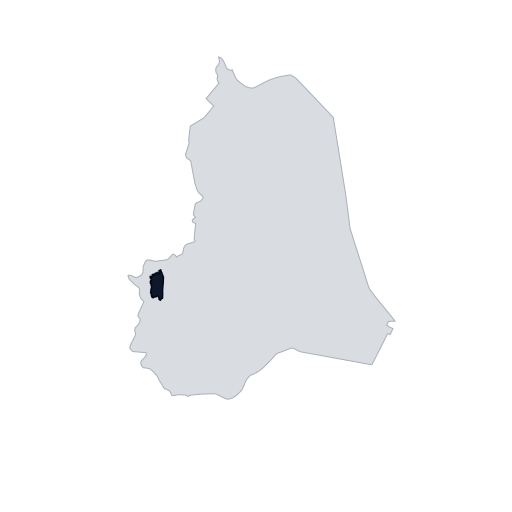 location of Al-Sulaymaniyah, As-Sulaymaniyah, Iraq, rotated 221°
{"feature_id": "34846034B55719256527363", "entity_name": "Al-Sulaymaniyah", "entity_type": "district", "adm_level": 2, "iso_a3": "IRQ", "parent_name": "Iraq", "parent_adm1": "As-Sulaymaniyah", "projection": "robinson", "projection_center": [45.485, 35.442], "detail": "fine", "context": "in_parent", "style": "filled", "palette": "ink", "viewbox_px": 512, "rotation_deg": 221, "n_neighbors": 0, "source": "geoboundaries", "source_scale": "gbopen_adm2", "svg_char_len": 5630}
<svg xmlns="http://www.w3.org/2000/svg" viewBox="0 0 512 512"><g transform="rotate(221 256 256)"><path d="M214.8,105.7L217.9,104.9L223.7,100.3L227.1,96.0L228.2,95.6L231.2,97.0L233.3,97.4L238.3,95.8L241.2,96.6L243.7,97.7L245.1,97.8L251.7,100.5L253.4,100.8L256.8,101.2L261.9,101.3L265.3,99.5L267.6,97.8L269.2,97.9L270.8,98.3L272.1,99.0L273.3,100.3L273.8,102.1L273.5,107.9L274.0,109.4L274.9,110.6L276.1,110.8L277.5,109.5L279.9,107.7L282.9,105.6L285.2,103.8L286.5,103.1L288.5,103.2L290.4,103.5L291.5,104.4L291.5,104.7L292.6,107.4L295.2,117.6L296.7,118.9L298.4,120.0L299.6,121.5L300.1,123.0L299.9,125.4L300.0,128.2L300.7,130.3L301.6,131.9L302.6,132.7L303.9,132.7L305.6,133.1L306.7,134.7L310.2,146.3L310.5,147.8L312.0,148.3L314.4,148.1L316.9,149.3L319.6,151.2L322.1,154.7L323.8,155.3L329.1,154.8L336.4,155.3L339.8,157.2L339.4,158.3L336.8,159.6L332.2,161.0L330.9,163.5L330.1,166.8L330.2,168.6L331.4,170.6L334.6,174.6L334.8,176.0L335.4,178.0L336.0,179.4L335.4,182.0L332.4,183.9L328.5,185.9L320.7,194.8L320.1,196.7L320.2,201.9L319.4,203.4L316.9,203.4L315.0,203.1L314.9,205.0L313.7,207.4L312.9,209.6L315.8,214.6L316.3,217.3L315.9,219.7L313.2,223.9L311.6,226.7L312.0,227.4L314.1,228.5L320.6,237.7L322.7,241.0L325.4,240.1L326.4,240.2L327.2,240.7L327.7,241.8L327.7,243.2L327.0,245.3L330.5,246.1L331.8,248.2L335.9,255.4L335.7,257.5L333.8,260.9L333.8,263.2L334.2,265.2L334.8,265.9L340.9,266.2L343.4,267.0L349.7,270.7L356.8,276.3L362.7,281.0L367.6,284.9L373.0,284.6L374.4,285.3L375.8,286.5L377.3,289.8L380.4,297.1L383.0,299.5L387.1,305.4L390.8,310.9L388.4,318.3L386.0,326.1L386.1,336.1L386.2,341.5L391.3,341.7L397.0,342.0L397.1,348.4L397.2,354.9L397.3,362.2L398.9,362.5L401.6,364.1L402.8,366.5L404.2,367.8L406.0,368.0L407.7,369.2L409.4,371.3L410.0,372.9L409.6,374.0L409.9,376.0L411.1,378.8L412.6,380.1L414.8,381.7L411.8,382.6L408.6,381.9L401.5,378.6L399.3,378.6L396.3,379.8L396.2,380.9L388.8,377.3L386.2,376.5L385.2,376.5L381.0,376.5L375.0,377.1L371.4,378.6L369.0,380.2L367.9,381.7L367.5,382.5L365.6,387.1L363.4,392.9L361.1,398.1L356.7,405.5L354.2,408.8L348.9,415.2L343.1,416.4L329.7,415.2L314.9,413.8L300.2,412.4L289.2,411.4L288.4,411.1L277.6,402.1L269.0,394.9L258.4,386.1L247.5,377.0L236.5,367.8L228.5,361.1L218.8,352.5L210.1,344.7L203.1,338.5L194.2,333.1L187.3,328.8L177.1,322.7L169.1,317.8L162.1,313.5L151.5,307.0L148.0,305.3L136.9,303.1L126.4,301.3L115.5,299.4L108.3,298.1L113.1,293.5L111.8,289.4L108.2,290.1L105.0,291.1L103.2,284.7L105.7,283.9L103.6,275.5L101.4,266.8L99.3,258.4L97.2,249.9L106.4,244.4L113.4,240.3L123.0,234.6L132.4,229.0L141.3,223.8L151.0,218.0L159.7,212.8L167.7,210.7L169.4,209.0L173.1,201.9L176.3,195.9L176.4,194.5L176.6,185.9L177.3,175.9L178.4,170.5L180.2,165.7L181.9,162.3L182.1,159.0L181.9,155.8L180.3,150.8L178.7,145.6L179.0,140.6L179.3,137.9L180.5,133.7L182.4,130.5L184.4,128.6L191.9,126.6L196.3,125.4L202.3,119.9L205.9,116.6L210.9,111.4L214.5,107.6L214.8,106.2L214.8,105.7Z" fill="#d9dde1" stroke="#a8b0b8" stroke-width="1"/><path d="M322.3,171.2L322.2,171.0L321.9,170.6L321.3,170.0L321.1,170.0L321.2,170.3L321.3,170.6L321.3,170.8L321.2,170.8L321.0,170.7L320.6,170.7L320.4,170.5L320.1,170.1L319.9,169.9L319.6,169.9L319.5,169.6L319.3,169.5L318.9,169.1L318.8,168.9L318.8,168.6L319.0,168.6L319.3,168.6L319.2,168.0L319.1,167.7L318.9,167.4L318.5,166.9L318.1,166.5L318.0,166.3L317.7,166.2L317.4,166.1L317.2,166.0L317.0,165.9L316.8,165.9L316.6,165.9L316.2,165.7L315.8,165.5L315.8,165.3L315.8,165.0L315.5,165.0L315.1,165.0L314.9,164.6L314.6,164.2L314.3,163.8L313.9,162.9L313.5,162.4L313.2,161.7L312.7,161.1L312.6,160.9L312.1,160.2L311.5,159.3L311.4,159.4L311.0,159.5L310.9,159.3L310.5,159.0L310.1,158.5L309.6,158.1L309.2,157.8L308.2,157.1L307.8,156.8L307.7,156.8L307.8,157.1L307.8,157.4L307.6,157.5L307.3,157.3L307.0,157.1L306.6,156.9L306.2,157.0L306.1,157.4L306.0,157.7L305.9,158.2L305.7,158.5L305.4,158.9L305.2,159.1L304.9,159.4L304.8,159.5L304.7,159.6L304.5,160.0L304.4,160.5L304.4,160.8L304.3,161.1L304.2,161.3L304.1,161.5L303.9,161.5L303.5,161.5L303.2,161.5L303.0,161.4L302.9,161.3L302.5,161.2L302.1,161.0L301.8,160.7L301.6,160.5L301.3,160.4L301.2,160.2L300.9,159.8L300.3,159.8L299.9,159.8L299.3,159.8L299.3,160.1L299.2,160.2L299.2,160.5L299.3,160.8L299.3,161.2L299.4,161.4L299.4,161.7L299.4,161.9L299.3,162.1L299.1,162.4L299.0,162.5L298.9,162.8L299.1,163.2L299.7,163.8L300.0,164.2L300.6,164.9L301.3,165.8L301.7,166.3L302.3,166.9L303.0,167.7L303.8,168.6L304.3,169.2L304.5,169.4L304.7,169.8L304.9,170.0L305.3,170.6L305.9,171.3L306.3,171.9L306.6,172.4L307.4,173.4L307.7,173.8L308.4,174.8L309.4,176.1L310.3,177.2L310.8,177.9L311.4,178.5L311.8,179.1L312.2,179.5L312.7,179.7L314.2,180.5L314.8,180.7L315.4,181.1L316.1,181.4L316.1,181.5L316.3,181.5L316.6,181.7L316.8,181.8L317.0,181.9L317.6,182.2L317.8,182.3L318.2,182.6L318.8,183.0L319.0,182.8L319.0,182.7L318.9,182.4L318.6,181.9L318.6,181.7L319.2,181.6L319.3,181.6L319.6,181.5L319.6,181.4L319.2,181.1L318.8,180.8L318.6,180.7L318.2,180.6L318.0,180.4L317.9,180.2L317.7,179.9L317.5,179.7L317.4,179.6L317.3,179.3L317.2,178.9L317.5,178.7L317.8,178.6L318.3,178.8L318.6,178.9L319.1,179.0L319.5,179.1L319.6,178.8L319.7,178.5L319.8,178.2L319.9,177.9L320.0,177.8L320.0,177.7L320.0,177.4L320.2,177.2L320.4,177.1L320.6,177.0L320.6,176.9L320.6,176.1L320.4,176.0L320.0,175.8L320.0,175.7L320.4,175.2L320.5,174.9L320.5,174.7L320.4,174.4L320.4,174.1L320.5,174.0L321.0,174.1L321.6,174.4L321.7,174.5L321.8,174.1L321.9,173.9L321.9,173.7L321.7,173.7L321.3,173.5L321.3,173.3L321.2,172.8L321.2,172.7L321.3,172.4L321.3,172.2L321.4,171.8L321.4,171.7L321.4,171.4L321.5,171.3L321.6,171.2L321.9,171.2L322.1,171.2L322.3,171.2L322.3,171.2Z" fill="#0f172a" stroke="#020617" stroke-width="1.5"/></g></svg>